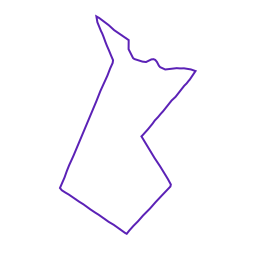 the district of Santa Cruz Verapaz, Alta Verapaz, Guatemala, rotated 190°
{"feature_id": "79465075B71576598572752", "entity_name": "Santa Cruz Verapaz", "entity_type": "district", "adm_level": 2, "iso_a3": "GTM", "parent_name": "Guatemala", "parent_adm1": "Alta Verapaz", "projection": "robinson", "projection_center": [-90.416, 15.333], "detail": "fine", "context": "isolated", "style": "outline", "palette": "violet", "viewbox_px": 256, "rotation_deg": 190, "n_neighbors": 0, "source": "geoboundaries", "source_scale": "gbopen_adm2", "svg_char_len": 1165}
<svg xmlns="http://www.w3.org/2000/svg" viewBox="0 0 256 256"><g transform="rotate(190 128 128)"><path d="M110.9,23.6L108.9,27.3L105.7,32.5L102.0,37.8L98.0,44.4L94.8,49.0L92.5,52.3L88.0,59.7L83.1,67.2L76.1,77.7L76.0,79.8L79.9,84.7L84.4,89.8L89.9,96.0L96.5,102.9L112.6,121.3L113.3,122.1L112.7,122.9L108.2,130.1L104.6,136.5L102.9,140.1L100.3,144.0L98.2,147.7L96.3,150.7L89.8,162.7L86.6,166.9L80.0,179.3L78.0,182.1L76.3,185.3L75.7,186.2L71.4,195.8L76.3,196.6L83.1,196.5L87.2,195.7L90.4,195.4L101.5,192.1L106.9,193.5L108.4,194.7L111.0,198.1L113.0,199.8L114.8,200.2L116.9,199.6L121.7,196.1L125.3,195.9L133.5,197.0L134.3,197.3L135.2,197.8L141.1,205.7L142.6,214.7L158.7,222.0L164.8,225.9L175.6,231.4L177.4,232.0L178.5,232.4L176.5,226.8L171.3,218.6L170.0,216.9L168.3,214.2L166.9,211.8L165.0,208.5L163.1,205.4L160.1,200.9L157.2,196.3L154.5,192.2L154.4,189.4L155.9,183.6L157.4,175.9L161.6,159.7L163.8,148.9L176.7,92.0L177.7,88.0L179.5,81.1L180.8,74.9L181.9,68.3L184.6,57.1L182.4,55.2L178.6,53.6L174.8,52.2L173.7,51.7L163.2,46.9L158.9,45.2L150.9,41.3L145.4,38.9L141.9,37.5L130.7,32.2L125.3,30.2L112.5,24.1L110.9,23.6Z" fill="none" stroke="#5b21b6" stroke-width="2"/></g></svg>